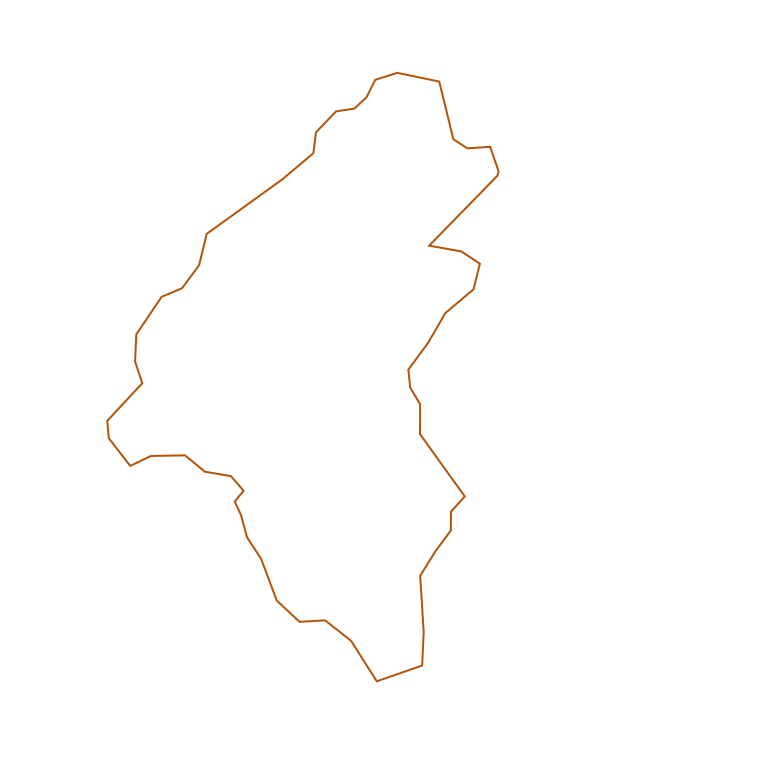 Ak-Talaa, Naryn, Kyrgyzstan, rotated 138°
{"feature_id": "92254566B17697144541552", "entity_name": "Ak-Talaa", "entity_type": "district", "adm_level": 2, "iso_a3": "KGZ", "parent_name": "Kyrgyzstan", "parent_adm1": "Naryn", "projection": "equal_earth", "projection_center": [74.786, 41.313], "detail": "fine", "context": "isolated", "style": "outline", "palette": "amber", "viewbox_px": 768, "rotation_deg": 138, "n_neighbors": 0, "source": "geoboundaries", "source_scale": "gbopen_adm2", "svg_char_len": 850}
<svg xmlns="http://www.w3.org/2000/svg" viewBox="0 0 768 768"><g transform="rotate(138 384 384)"><path d="M186.9,615.9L205.2,608.8L221.8,608.5L237.2,618.7L266.0,616.6L282.1,602.8L322.4,604.1L415.3,614.2L441.9,596.0L470.0,590.3L491.0,597.6L534.9,586.6L554.0,567.2L563.1,546.3L614.3,541.8L624.8,527.9L627.4,493.0L605.4,486.5L579.6,464.1L575.8,438.7L559.4,417.9L559.8,398.6L573.6,396.5L578.0,382.2L588.4,361.7L592.3,336.3L608.6,294.8L605.9,263.8L585.9,247.7L580.3,215.2L588.3,167.9L544.0,149.3L520.5,173.1L485.4,217.3L457.6,225.3L432.4,230.4L419.6,244.3L399.2,246.4L390.8,322.6L370.6,345.0L367.0,363.7L356.3,378.4L324.0,385.0L290.9,395.7L288.9,395.6L254.0,394.5L232.3,409.2L237.8,430.7L257.9,456.6L160.5,462.9L156.6,465.3L146.4,489.2L164.4,503.4L168.7,519.4L140.6,571.8L166.0,606.4L186.9,615.9Z" fill="none" stroke="#b45309" stroke-width="2"/></g></svg>